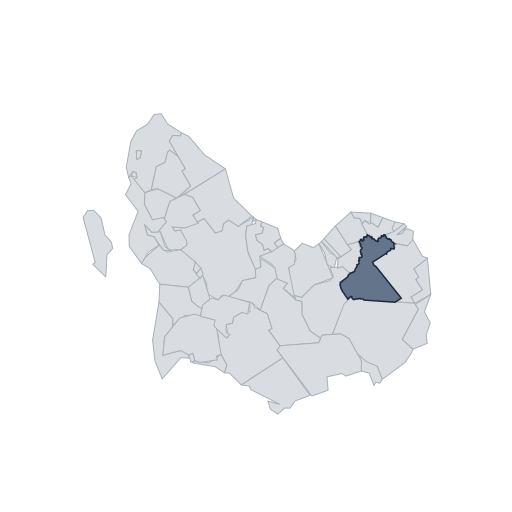 location of Mali within Africa, rotated 147°
{"feature_id": "MLI", "entity_name": "Mali", "entity_type": "country or territory", "adm_level": 0, "iso_a3": "MLI", "parent_name": "Africa", "parent_adm1": "", "projection": "robinson", "projection_center": [-5.437, 17.569], "detail": "fine", "context": "in_parent", "style": "filled", "palette": "slate", "viewbox_px": 512, "rotation_deg": 147, "n_neighbors": 49, "source": "natural_earth", "source_scale": "50m", "svg_char_len": 15473}
<svg xmlns="http://www.w3.org/2000/svg" viewBox="0 0 512 512"><g transform="rotate(147 256 256)"><path d="M329.7,266.7L352.1,284.7L351.6,303.1L356.1,312.0L352.6,314.8L331.5,317.8L328.3,307.6L315.7,302.4L311.1,293.6L310.1,283.9L316.2,278.4L314.8,267.6L329.7,266.7Z" fill="#d9dde1" stroke="#a8b0b8" stroke-width="1"/><path d="M148.6,129.9L148.5,137.2L134.9,137.0L134.9,149.3L131.0,149.7L130.7,159.2L113.4,160.8L130.4,128.6L148.6,129.9Z" fill="#d9dde1" stroke="#a8b0b8" stroke-width="1"/><path d="M310.1,283.9L315.7,302.4L307.2,303.3L305.2,319.1L310.4,320.9L310.6,326.2L300.1,318.2L279.0,315.7L277.5,297.3L270.6,295.7L265.9,300.7L259.4,301.1L254.6,290.5L237.0,290.1L243.1,283.9L247.2,286.1L253.3,279.2L260.4,264.2L264.1,241.9L268.0,237.9L280.6,242.7L294.3,236.8L301.7,236.9L306.2,241.5L311.7,239.9L318.0,251.5L312.5,259.3L310.1,283.9Z" fill="#d9dde1" stroke="#a8b0b8" stroke-width="1"/><path d="M362.4,270.3L359.8,248.7L364.6,241.7L376.6,238.0L388.2,223.5L370.6,217.8L365.6,211.1L367.9,206.8L374.3,211.7L401.5,204.1L397.9,223.1L388.5,241.8L362.4,270.3Z" fill="#d9dde1" stroke="#a8b0b8" stroke-width="1"/><path d="M352.1,284.7L329.7,266.7L334.5,252.9L330.0,241.6L335.4,235.6L347.5,244.8L363.4,243.2L359.8,248.7L362.4,270.3L352.1,284.7Z" fill="#d9dde1" stroke="#a8b0b8" stroke-width="1"/><path d="M289.5,222.4L286.2,220.3L284.7,218.9L285.0,213.4L277.9,201.4L282.0,186.4L285.7,186.8L284.7,165.6L289.5,165.6L289.0,155.9L338.5,155.9L342.1,172.3L346.2,175.3L340.0,180.3L338.3,196.7L330.4,210.8L329.4,220.2L323.7,203.0L318.2,214.8L312.3,212.5L308.1,216.8L298.7,216.4L291.4,212.6L286.6,220.5L289.5,222.4Z" fill="#d9dde1" stroke="#a8b0b8" stroke-width="1"/><path d="M284.7,167.6L285.7,186.8L282.0,186.4L277.9,201.4L282.0,208.4L261.5,224.1L250.1,226.3L244.3,216.0L250.7,214.0L246.7,197.8L242.2,192.8L249.1,181.9L251.3,163.7L246.5,151.8L250.6,149.1L284.7,167.6Z" fill="#d9dde1" stroke="#a8b0b8" stroke-width="1"/><path d="M251.5,400.1L253.6,397.7L260.1,402.4L266.1,399.6L267.1,381.7L270.7,391.7L273.7,391.2L281.2,384.1L290.9,385.2L307.5,368.8L314.8,369.6L317.2,379.8L316.3,386.9L313.1,386.4L311.2,391.3L313.4,393.9L320.0,391.3L316.6,401.0L298.4,420.4L288.0,426.0L275.1,425.6L264.6,430.1L258.0,427.0L258.3,415.0L251.5,400.1ZM303.3,401.9L299.6,401.4L294.8,406.4L299.0,409.6L303.3,401.9Z" fill="#d9dde1" stroke="#a8b0b8" stroke-width="1"/><path d="M303.3,401.9L299.0,409.6L294.8,406.4L299.6,401.4L303.3,401.9Z" fill="#d9dde1" stroke="#a8b0b8" stroke-width="1"/><path d="M314.8,369.6L301.7,365.9L291.0,347.8L298.5,348.7L312.6,337.0L323.2,342.8L321.5,360.2L314.8,369.6Z" fill="#d9dde1" stroke="#a8b0b8" stroke-width="1"/><path d="M307.5,368.8L290.9,385.2L281.2,384.1L273.7,391.2L270.7,391.7L267.1,381.7L267.7,367.6L271.8,367.5L272.6,350.3L291.0,347.8L301.7,365.9L307.5,368.8Z" fill="#d9dde1" stroke="#a8b0b8" stroke-width="1"/><path d="M267.7,367.6L266.1,399.6L260.1,402.4L253.6,397.7L251.5,400.1L247.2,392.9L244.1,368.9L234.2,345.7L290.3,347.0L272.6,350.3L271.8,367.5L267.7,367.6Z" fill="#d9dde1" stroke="#a8b0b8" stroke-width="1"/><path d="M114.3,196.5L110.5,191.0L117.0,182.7L123.5,182.0L133.5,191.6L136.2,202.1L114.4,202.4L113.7,198.7L126.4,197.0L114.3,196.5Z" fill="#d9dde1" stroke="#a8b0b8" stroke-width="1"/><path d="M113.4,160.8L130.7,159.2L131.0,149.7L134.9,149.3L134.9,137.0L148.5,137.2L148.6,129.9L164.1,141.6L157.8,141.7L161.6,187.3L135.7,187.9L133.5,191.6L123.5,182.0L115.5,184.3L116.6,165.1L113.4,160.8Z" fill="#d9dde1" stroke="#a8b0b8" stroke-width="1"/><path d="M196.6,231.9L193.1,232.5L192.1,218.1L188.3,211.6L197.1,203.1L201.1,210.3L196.7,221.1L196.6,231.9Z" fill="#d9dde1" stroke="#a8b0b8" stroke-width="1"/><path d="M246.5,151.8L251.3,163.7L249.1,181.9L242.2,192.8L246.7,197.8L245.0,201.9L240.3,196.5L223.1,200.2L208.0,195.2L202.3,196.8L200.3,205.9L189.3,200.1L186.5,190.1L200.3,187.0L202.7,169.7L234.5,148.8L243.6,153.6L246.5,151.8Z" fill="#d9dde1" stroke="#a8b0b8" stroke-width="1"/><path d="M196.6,231.9L203.4,195.8L223.1,200.2L240.3,196.5L246.7,203.8L235.1,228.4L224.4,231.0L221.3,239.1L210.3,241.6L203.5,231.9L196.6,231.9Z" fill="#d9dde1" stroke="#a8b0b8" stroke-width="1"/><path d="M246.3,200.1L250.7,214.0L244.3,216.0L250.7,225.0L246.8,239.3L253.1,253.8L226.3,251.1L221.3,240.4L222.4,235.7L228.1,228.2L235.1,228.4L246.3,200.1Z" fill="#d9dde1" stroke="#a8b0b8" stroke-width="1"/><path d="M188.8,209.1L193.1,232.5L189.6,233.5L184.8,210.5L188.8,209.1Z" fill="#d9dde1" stroke="#a8b0b8" stroke-width="1"/><path d="M185.1,209.0L189.6,233.5L173.0,238.0L172.6,209.2L185.1,209.0Z" fill="#d9dde1" stroke="#a8b0b8" stroke-width="1"/><path d="M151.0,212.9L158.7,211.3L173.1,215.6L173.0,238.0L152.3,241.1L152.9,234.6L148.5,230.9L151.0,212.9Z" fill="#d9dde1" stroke="#a8b0b8" stroke-width="1"/><path d="M127.0,201.4L141.9,205.0L146.4,202.7L151.0,212.9L149.9,225.0L145.9,226.8L143.6,220.9L140.4,221.8L137.9,213.7L128.8,219.2L120.9,208.8L127.0,201.4Z" fill="#d9dde1" stroke="#a8b0b8" stroke-width="1"/><path d="M114.4,202.4L127.0,201.4L126.8,205.1L120.9,208.8L114.4,202.4Z" fill="#d9dde1" stroke="#a8b0b8" stroke-width="1"/><path d="M149.2,225.0L148.5,230.9L152.9,234.6L152.3,241.1L136.4,229.4L141.6,221.6L145.9,226.8L149.2,225.0Z" fill="#d9dde1" stroke="#a8b0b8" stroke-width="1"/><path d="M128.8,219.2L137.9,213.7L141.6,221.6L136.4,229.4L128.8,219.2Z" fill="#d9dde1" stroke="#a8b0b8" stroke-width="1"/><path d="M162.1,212.1L166.9,198.3L180.4,189.9L186.5,190.1L189.3,200.1L194.2,201.2L188.8,209.1L172.6,209.2L173.1,215.6L162.1,212.1Z" fill="#d9dde1" stroke="#a8b0b8" stroke-width="1"/><path d="M301.7,236.9L289.1,237.5L280.6,242.7L268.0,237.9L263.8,245.2L258.1,244.2L253.4,251.2L246.7,235.8L250.1,226.3L261.5,224.1L282.0,208.4L284.7,218.9L301.7,236.9Z" fill="#d9dde1" stroke="#a8b0b8" stroke-width="1"/><path d="M263.8,245.2L260.4,264.2L253.3,279.2L247.2,286.1L238.9,283.6L235.9,286.5L232.4,281.4L235.7,278.7L234.1,275.5L238.8,271.6L244.8,274.1L246.7,268.6L244.2,262.0L246.0,256.4L241.8,255.8L240.9,251.2L253.1,253.8L258.1,244.2L263.8,245.2Z" fill="#d9dde1" stroke="#a8b0b8" stroke-width="1"/><path d="M233.2,251.2L240.3,250.9L241.8,255.8L246.0,256.4L244.2,262.0L246.7,268.6L244.8,274.1L238.8,271.6L234.1,275.5L235.7,278.7L232.4,281.4L222.7,267.5L225.6,257.3L233.3,257.0L233.2,251.2Z" fill="#d9dde1" stroke="#a8b0b8" stroke-width="1"/><path d="M226.3,251.1L233.2,251.2L233.3,257.0L225.6,257.3L226.3,251.1Z" fill="#d9dde1" stroke="#a8b0b8" stroke-width="1"/><path d="M315.7,302.4L326.2,308.9L323.2,328.4L325.3,329.6L312.4,333.6L312.6,337.0L298.5,348.7L282.5,346.7L277.1,339.8L277.8,324.4L286.6,324.5L286.4,314.9L300.1,318.2L310.6,326.2L310.4,320.9L305.2,319.1L305.9,306.4L308.3,302.7L315.7,302.4Z" fill="#d9dde1" stroke="#a8b0b8" stroke-width="1"/><path d="M324.2,306.7L330.5,311.2L331.1,327.7L335.7,332.7L332.4,343.3L330.5,332.7L323.2,328.4L327.1,313.0L324.2,306.7Z" fill="#d9dde1" stroke="#a8b0b8" stroke-width="1"/><path d="M331.5,317.8L343.8,318.0L356.1,312.0L357.1,333.1L351.0,342.9L330.5,357.7L332.0,378.6L321.4,384.6L320.0,391.3L316.9,391.2L314.8,369.6L321.5,360.2L323.2,342.8L312.8,338.8L312.4,333.6L325.3,329.6L330.5,332.7L332.4,343.3L335.7,332.7L331.1,327.7L331.5,317.8Z" fill="#d9dde1" stroke="#a8b0b8" stroke-width="1"/><path d="M316.9,391.2L313.4,393.9L311.2,391.3L313.1,386.4L316.9,391.2Z" fill="#d9dde1" stroke="#a8b0b8" stroke-width="1"/><path d="M235.9,286.5L238.9,286.2L237.0,290.1L235.9,286.5ZM237.6,291.6L254.6,290.5L259.4,301.1L265.9,300.7L270.6,295.7L277.5,297.3L279.0,315.7L286.8,316.4L286.6,324.5L277.8,324.4L277.1,339.8L282.5,346.7L234.2,345.7L243.3,316.7L237.6,291.6Z" fill="#d9dde1" stroke="#a8b0b8" stroke-width="1"/><path d="M315.0,273.8L316.2,278.4L310.1,283.9L308.8,275.9L315.0,273.8Z" fill="#d9dde1" stroke="#a8b0b8" stroke-width="1"/><path d="M393.4,320.3L397.4,338.0L394.4,338.0L380.0,382.6L372.6,385.7L367.3,382.8L365.2,372.1L371.2,356.0L369.7,346.2L372.2,340.4L380.2,338.3L393.4,320.3Z" fill="#d9dde1" stroke="#a8b0b8" stroke-width="1"/><path d="M113.7,198.7L121.2,195.2L126.4,197.0L113.7,198.7Z" fill="#d9dde1" stroke="#a8b0b8" stroke-width="1"/><path d="M223.0,115.8L214.3,97.5L217.2,83.8L221.4,81.9L224.3,84.9L227.6,83.1L224.8,96.4L230.5,102.2L223.0,115.8Z" fill="#d9dde1" stroke="#a8b0b8" stroke-width="1"/><path d="M148.6,129.9L148.7,122.9L178.7,106.4L175.1,92.4L178.9,89.7L189.5,85.5L217.2,83.8L214.3,97.5L220.9,107.2L224.5,120.1L223.0,136.2L227.4,144.5L234.5,148.8L208.6,167.5L198.0,170.1L197.9,167.1L148.6,129.9Z" fill="#d9dde1" stroke="#a8b0b8" stroke-width="1"/><path d="M338.8,192.5L340.0,180.3L346.2,175.3L350.4,185.3L367.3,200.8L364.3,201.6L354.0,192.1L338.8,192.5Z" fill="#d9dde1" stroke="#a8b0b8" stroke-width="1"/><path d="M130.4,128.6L145.1,117.6L146.3,104.9L156.0,97.5L160.0,89.5L175.1,92.4L178.7,106.4L148.7,122.9L148.7,128.6L130.4,128.6Z" fill="#d9dde1" stroke="#a8b0b8" stroke-width="1"/><path d="M338.5,155.9L289.0,155.9L286.6,109.7L302.2,113.1L310.2,109.8L314.6,112.8L323.8,111.4L327.4,119.7L325.0,127.8L316.7,118.5L333.0,146.6L332.6,150.6L338.5,155.9Z" fill="#d9dde1" stroke="#a8b0b8" stroke-width="1"/><path d="M285.4,108.1L289.5,165.6L284.7,167.6L250.6,149.1L243.6,153.6L227.4,144.5L223.0,136.2L224.7,110.7L230.5,102.2L246.0,106.4L248.1,110.7L262.3,116.0L268.6,104.2L285.4,108.1Z" fill="#d9dde1" stroke="#a8b0b8" stroke-width="1"/><path d="M388.2,223.5L376.6,238.0L353.7,245.6L339.1,240.7L325.2,224.6L338.8,192.5L343.8,193.5L345.0,189.9L360.9,197.2L364.3,201.6L362.1,208.8L366.4,209.4L370.6,217.8L388.2,223.5Z" fill="#d9dde1" stroke="#a8b0b8" stroke-width="1"/><path d="M364.3,201.6L368.4,202.3L366.4,209.4L362.1,208.8L364.3,201.6Z" fill="#d9dde1" stroke="#a8b0b8" stroke-width="1"/><path d="M329.7,266.7L311.3,268.6L318.2,243.9L330.0,241.6L332.0,245.0L334.5,252.9L329.7,266.7Z" fill="#d9dde1" stroke="#a8b0b8" stroke-width="1"/><path d="M314.8,267.6L316.2,273.2L308.8,275.9L310.0,270.0L314.8,267.6Z" fill="#d9dde1" stroke="#a8b0b8" stroke-width="1"/><path d="M316.5,245.2L311.7,239.9L304.3,240.9L286.6,220.5L294.5,211.9L298.7,216.4L308.1,216.8L312.3,212.5L318.2,214.8L322.4,208.7L320.9,204.3L325.6,203.4L329.4,220.2L325.2,224.6L335.4,235.6L327.4,243.9L316.5,245.2Z" fill="#d9dde1" stroke="#a8b0b8" stroke-width="1"/><path d="M136.8,202.3L136.8,201.9L136.5,201.6L136.5,201.2L136.7,200.5L136.7,200.2L136.8,199.7L136.6,199.4L136.4,199.0L136.1,198.6L136.1,198.2L135.8,197.6L135.6,197.5L135.2,197.5L135.0,197.8L134.9,197.9L134.7,197.6L134.7,197.4L134.7,197.2L134.4,196.9L134.0,196.3L134.0,195.8L134.3,195.6L134.4,195.4L134.4,195.2L134.3,194.9L134.2,194.7L134.2,194.2L134.2,193.6L134.0,193.2L133.8,193.0L133.5,192.7L133.3,192.3L133.4,191.8L133.5,191.4L133.1,190.7L133.8,191.0L133.9,190.9L134.2,190.7L134.5,190.3L134.8,189.8L134.9,189.1L135.0,188.6L135.1,188.1L135.3,187.7L135.7,187.3L136.0,187.0L136.4,186.7L136.6,186.7L137.0,187.1L137.8,188.0L138.5,188.7L138.7,189.0L138.9,189.0L139.3,188.4L139.6,187.8L139.8,187.7L140.3,187.6L140.6,187.6L141.0,187.6L141.6,187.7L141.9,187.8L142.2,187.9L143.0,187.9L143.8,187.8L144.5,187.6L145.1,187.5L145.1,187.3L145.1,187.0L145.1,186.7L145.3,186.5L145.5,186.5L145.5,187.2L145.7,187.3L146.2,187.3L147.0,187.3L147.9,187.3L148.7,187.3L149.6,187.3L150.4,187.3L151.3,187.3L152.2,187.3L153.0,187.3L153.9,187.3L154.7,187.3L155.6,187.3L156.5,187.3L157.3,187.3L158.2,187.3L159.0,187.3L159.9,187.3L160.8,187.3L161.7,187.3L161.9,185.9L162.1,184.6L162.3,183.5L161.7,182.8L161.2,182.2L161.1,181.0L160.9,179.8L160.8,178.6L160.7,177.4L160.6,176.2L160.5,175.0L160.3,173.8L160.2,172.6L160.1,171.4L160.0,170.2L159.9,169.0L159.7,167.8L159.6,166.6L159.5,165.4L159.4,164.2L159.3,163.0L159.2,161.8L159.0,160.6L158.9,159.4L158.8,158.2L158.7,157.0L158.6,155.8L158.4,154.6L158.3,153.4L158.2,152.2L158.1,151.0L158.0,149.8L157.9,148.6L157.7,147.4L157.6,146.2L157.5,145.0L157.4,143.8L157.3,142.6L157.2,141.5L158.4,141.5L159.8,141.5L161.1,141.5L163.1,141.5L164.5,141.5L165.8,142.4L166.9,143.3L168.3,144.3L169.7,145.3L171.0,146.4L172.4,147.4L173.8,148.4L175.1,149.5L176.5,150.5L177.9,151.5L179.2,152.6L180.6,153.6L182.0,154.6L183.4,155.7L184.7,156.7L186.1,157.7L187.5,158.8L188.9,159.8L189.5,160.3L189.6,160.5L189.6,160.9L189.6,161.3L189.6,161.6L189.8,161.9L190.1,162.1L191.5,162.9L191.6,163.1L191.6,163.4L191.8,163.8L192.1,164.0L192.4,164.2L192.8,164.3L194.0,164.4L194.3,164.6L194.8,165.3L195.1,165.4L195.9,165.6L196.5,165.7L196.8,165.8L197.3,166.0L197.9,166.3L198.2,166.6L198.2,167.0L198.2,167.7L198.3,168.1L198.4,168.4L198.4,168.6L198.3,168.8L198.2,168.9L198.1,169.1L197.9,169.4L197.8,169.7L197.9,169.9L198.1,170.1L198.4,170.4L198.7,170.5L198.9,170.5L199.1,170.5L199.2,170.4L200.2,170.2L201.2,170.0L202.5,169.7L202.5,170.6L202.5,171.8L202.6,173.3L202.6,174.6L202.6,176.1L202.6,177.3L202.7,178.7L202.7,180.1L202.6,180.3L202.5,181.1L202.5,182.1L202.2,183.2L201.8,184.0L201.7,184.7L201.5,185.2L201.4,185.4L201.3,185.7L201.3,186.1L201.1,186.3L201.0,186.5L200.6,186.6L199.8,187.4L199.7,188.0L198.8,187.8L197.8,187.7L197.7,187.7L197.6,187.8L197.6,188.1L196.3,188.1L195.1,188.2L193.7,188.2L192.8,188.3L191.5,188.4L190.4,188.4L189.7,189.1L189.0,189.8L188.9,189.8L188.0,190.0L186.8,189.8L186.1,189.8L185.9,189.9L185.9,190.2L185.0,189.8L183.9,189.4L183.2,189.7L183.0,189.4L182.7,189.4L182.1,189.4L181.7,189.5L181.1,190.0L180.6,190.5L179.8,190.9L178.6,191.5L177.9,192.0L177.5,192.2L177.0,192.2L176.6,192.4L176.3,193.6L176.0,193.7L174.6,193.2L174.3,193.3L174.0,193.5L173.2,194.2L172.8,194.8L172.6,195.6L172.6,195.8L172.6,196.1L172.5,196.3L172.3,196.3L172.1,196.3L171.4,196.1L171.2,196.2L171.1,196.6L171.2,197.5L171.0,198.0L170.6,198.2L170.3,198.4L170.1,198.5L169.9,198.5L168.7,197.6L168.3,197.4L167.8,197.5L167.4,197.9L167.2,198.2L167.0,198.4L166.7,198.8L166.7,199.1L167.0,199.5L167.1,200.0L167.1,200.4L166.0,201.0L166.3,201.4L166.3,201.8L166.2,202.6L166.0,202.9L165.7,203.1L165.6,203.5L165.4,203.6L165.1,203.8L164.7,204.1L164.0,204.2L163.4,204.4L163.2,204.5L162.9,204.7L162.6,205.0L162.5,205.4L162.6,205.7L162.7,206.1L162.8,206.3L162.9,206.5L162.8,207.2L162.6,208.0L162.4,208.4L162.0,208.6L161.8,208.8L161.8,209.4L161.9,210.1L161.8,210.8L161.8,211.1L161.7,211.5L161.6,211.8L161.5,211.7L160.9,211.8L160.3,212.0L160.0,212.2L160.0,212.4L159.8,212.5L159.6,212.7L159.4,212.9L159.1,212.9L158.8,212.8L158.6,212.6L158.7,212.3L158.8,212.1L158.8,211.9L158.7,211.6L158.6,211.2L158.5,210.4L158.0,210.5L157.9,210.6L157.9,211.1L157.5,211.2L157.2,211.0L156.8,210.7L156.7,210.8L156.7,211.1L156.7,211.4L156.7,212.0L156.4,212.1L156.1,212.1L155.8,212.2L155.6,212.2L155.4,212.4L155.4,212.7L155.5,212.9L155.5,213.0L155.4,213.1L155.2,213.2L154.9,212.9L154.6,212.8L153.8,212.6L153.7,212.2L153.4,212.0L153.2,211.7L153.1,211.8L152.5,211.8L152.2,212.2L151.9,212.7L151.6,213.0L151.3,213.1L151.1,213.1L151.2,212.8L151.2,212.5L151.1,212.3L150.1,211.8L150.0,211.5L149.8,210.9L149.7,210.3L149.7,209.9L149.8,209.5L149.8,209.3L149.7,209.1L149.4,208.9L149.1,208.8L148.7,209.1L148.4,209.1L148.3,208.9L148.7,208.2L148.9,207.9L149.1,207.7L149.3,207.6L149.4,207.4L149.4,207.2L149.1,207.1L148.7,206.7L148.3,206.6L148.1,206.1L147.8,205.9L147.6,205.8L147.6,205.1L147.7,204.6L147.3,203.7L147.1,203.1L146.9,202.5L146.7,202.3L146.4,202.0L146.0,201.9L145.6,201.8L145.3,201.9L145.2,202.0L145.4,202.4L145.5,202.7L145.4,202.9L145.4,203.0L145.2,203.0L144.8,203.1L144.4,203.3L144.1,203.5L143.9,204.0L143.7,204.1L143.4,204.0L142.6,203.7L141.9,203.4L141.5,203.2L141.2,203.3L140.7,203.5L140.2,204.3L140.0,204.5L139.9,204.6L139.6,204.7L139.2,204.1L138.9,203.5L138.7,203.2L138.4,203.2L138.1,203.4L137.9,203.8L137.5,204.1L137.3,204.2L137.1,204.1L136.7,203.7L136.3,203.4L136.4,203.0L136.5,202.7L136.7,202.4L136.8,202.3Z" fill="#64748b" stroke="#1e293b" stroke-width="1.5"/></g></svg>